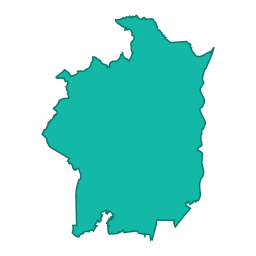 Tlalpujahua, Michoacán, Mexico
{"feature_id": "50627088B72545798273155", "entity_name": "Tlalpujahua", "entity_type": "district", "adm_level": 2, "iso_a3": "MEX", "parent_name": "Mexico", "parent_adm1": "Michoacán", "projection": "natural_earth1", "projection_center": [-100.216, 19.784], "detail": "fine", "context": "isolated", "style": "filled", "palette": "teal", "viewbox_px": 256, "rotation_deg": 0, "n_neighbors": 0, "source": "geoboundaries", "source_scale": "gbopen_adm2", "svg_char_len": 5739}
<svg xmlns="http://www.w3.org/2000/svg" viewBox="0 0 256 256"><path d="M213.8,47.9L213.2,48.0L211.8,50.9L211.4,51.1L211.8,53.0L210.9,53.0L210.0,51.7L206.7,53.3L203.2,55.5L199.9,56.6L197.4,56.5L195.7,55.7L192.3,51.1L191.5,49.7L191.4,48.0L191.6,47.6L190.3,47.0L190.3,45.6L190.0,45.2L190.7,44.7L189.6,43.6L188.1,43.3L186.7,41.5L170.7,42.6L165.2,38.5L164.9,37.7L165.1,37.6L164.6,37.5L164.7,36.2L163.5,35.3L163.0,35.7L162.9,34.9L162.0,34.4L161.8,34.1L162.0,33.1L161.7,32.5L160.0,31.7L160.1,30.7L159.8,30.3L158.3,30.0L157.9,29.6L157.3,28.4L157.3,26.8L156.4,25.7L156.3,24.3L155.6,22.6L154.0,21.2L153.1,19.5L151.9,18.6L150.5,19.0L147.1,19.1L145.7,19.7L145.1,18.0L144.3,17.5L143.0,17.9L141.8,19.5L141.3,19.6L140.6,19.1L139.2,18.9L138.5,17.7L137.5,17.3L136.9,15.6L136.7,15.4L136.1,15.5L135.3,16.8L134.2,16.5L132.1,16.5L131.8,17.7L131.1,17.5L130.4,16.8L129.5,16.2L129.1,16.9L128.5,17.0L127.2,17.1L126.4,16.9L125.9,17.6L124.1,18.4L123.3,17.8L122.8,17.8L121.9,18.8L119.0,19.6L116.4,20.0L115.7,19.7L116.1,21.5L116.5,22.1L118.7,24.0L119.7,24.4L121.2,25.5L121.5,26.1L122.1,26.2L123.1,26.9L123.6,26.9L124.6,27.7L126.6,27.4L125.5,29.1L125.0,29.3L124.8,29.8L125.0,30.1L125.8,29.6L127.6,29.8L128.9,29.2L130.2,29.5L130.5,30.1L131.2,30.7L131.7,32.0L132.1,32.5L132.2,33.2L131.8,34.5L132.4,35.5L133.3,35.7L134.0,36.6L134.1,39.3L132.7,40.7L132.3,41.5L131.4,42.1L131.0,43.1L131.0,45.2L131.3,46.7L131.6,47.1L131.2,47.8L131.5,50.6L132.1,51.9L133.0,52.4L132.5,53.2L131.0,57.4L129.2,60.1L129.1,60.8L127.4,59.7L126.7,58.7L125.3,58.5L124.5,57.9L122.5,54.1L122.7,51.9L121.7,54.5L120.7,54.7L120.7,55.3L119.7,58.4L118.0,59.8L117.5,61.1L116.4,60.9L115.4,61.3L114.9,61.2L113.8,61.4L113.0,61.2L111.6,61.8L110.3,62.8L109.9,63.6L109.4,65.3L109.9,66.9L109.5,67.0L108.8,66.6L107.4,67.2L107.0,66.9L107.3,66.0L107.0,65.5L105.6,64.6L103.2,64.1L101.6,62.8L101.3,62.8L101.2,62.1L100.4,60.8L98.1,59.3L96.3,58.7L96.3,57.8L95.0,57.2L92.8,56.9L92.6,60.8L91.3,62.9L90.4,65.8L89.2,67.9L85.7,69.6L84.0,71.2L83.0,71.6L81.0,70.9L77.7,71.2L77.5,71.5L78.1,71.9L78.2,72.3L77.5,73.6L74.9,75.1L71.2,76.0L70.4,75.6L68.9,73.1L67.7,72.0L64.6,69.8L64.0,70.6L63.2,70.9L63.0,71.7L56.3,76.9L56.1,77.4L56.8,78.1L61.4,78.1L63.2,78.5L64.1,78.0L64.7,80.1L65.5,81.4L66.0,81.5L67.2,81.2L67.6,81.2L67.8,81.5L67.9,83.5L67.2,85.4L66.5,85.9L66.1,86.8L66.2,87.8L66.6,89.5L67.9,91.9L67.5,93.1L67.6,93.8L68.8,96.4L68.7,98.4L67.5,98.2L64.7,98.5L62.8,98.9L60.3,99.9L59.1,101.0L58.5,103.1L55.8,106.5L53.4,108.3L54.8,109.9L56.8,111.2L57.2,111.8L57.4,112.4L57.0,113.2L55.1,114.9L54.5,115.1L54.7,115.4L55.6,115.3L55.6,115.5L53.9,116.0L54.0,117.2L53.6,117.0L53.3,117.2L52.3,119.4L50.6,120.3L49.9,121.0L49.7,122.3L49.3,121.7L48.4,122.3L47.6,126.1L47.3,126.6L46.8,127.0L46.0,129.4L44.3,129.9L43.8,130.5L44.2,131.0L42.9,132.6L42.2,134.4L46.6,138.4L47.2,142.3L49.3,146.1L49.9,146.9L69.5,158.6L68.4,160.0L67.7,161.4L68.6,161.7L69.1,162.3L68.9,163.6L69.4,163.8L70.7,163.4L72.0,164.4L72.1,165.4L73.4,169.1L74.3,169.4L74.5,170.0L75.4,169.9L76.0,169.4L76.1,169.8L78.1,168.2L79.0,169.2L79.9,172.4L80.6,173.6L81.0,176.2L80.2,179.3L79.7,179.7L78.9,179.7L77.1,186.0L77.0,187.4L76.3,189.1L75.9,196.5L76.7,225.3L72.8,225.4L72.9,226.4L73.3,227.7L72.9,230.5L72.3,232.5L73.5,234.1L76.0,236.2L77.5,236.7L78.6,236.4L78.9,236.8L79.3,236.4L79.1,236.1L79.5,235.5L80.7,234.2L81.2,234.2L81.4,233.7L83.3,233.5L84.0,231.8L87.0,231.4L89.2,231.7L89.3,230.6L92.1,230.0L93.4,231.0L95.4,227.6L97.0,225.7L94.5,225.8L95.6,223.5L96.8,222.0L97.5,220.2L98.1,221.3L99.2,222.1L99.6,222.1L99.9,221.2L101.0,220.7L101.0,219.8L100.4,219.8L101.1,219.5L100.7,217.9L101.6,217.2L102.0,216.7L102.1,215.9L101.9,216.1L102.0,215.1L101.2,214.8L101.0,212.7L104.2,210.9L106.3,210.3L105.8,212.8L107.0,213.9L107.2,214.1L108.2,211.7L108.7,212.1L109.0,211.5L108.9,211.0L109.1,210.9L111.0,212.0L112.2,213.2L112.2,213.9L113.4,214.6L113.1,214.7L113.1,215.6L112.2,216.5L112.6,216.7L110.1,217.3L113.0,217.6L111.7,219.6L111.4,218.8L111.0,218.6L110.8,219.1L110.2,218.6L109.7,219.3L109.5,218.6L109.3,218.6L109.0,218.9L109.3,219.9L108.2,220.5L107.7,221.6L108.2,221.9L107.7,222.5L107.1,222.4L106.8,223.2L107.9,223.2L107.5,225.7L109.2,225.8L107.9,227.5L108.3,232.3L109.3,234.1L112.0,233.6L112.8,234.0L118.6,233.3L118.3,233.3L118.3,232.9L118.9,232.3L118.6,232.0L118.7,231.9L119.4,232.4L119.9,232.3L119.9,231.9L121.3,231.7L122.2,231.1L121.9,230.6L122.4,230.2L122.9,230.4L122.8,230.8L123.4,230.8L124.3,231.7L124.0,232.5L124.3,232.5L137.1,230.9L139.2,233.4L142.2,233.6L142.6,234.1L142.9,233.9L144.2,234.2L144.6,234.7L144.9,236.0L145.1,235.5L145.2,234.0L145.4,234.3L149.3,234.4L150.2,234.8L150.3,238.0L150.8,239.6L150.3,240.6L150.9,240.1L151.6,238.7L151.7,239.1L152.1,238.9L152.4,239.3L152.7,237.3L156.2,224.8L156.5,224.6L156.2,223.0L157.0,220.1L174.1,220.3L174.5,220.1L174.8,220.9L173.7,222.0L173.7,222.4L175.3,226.9L181.1,219.4L190.4,208.4L186.9,205.9L186.2,205.7L185.6,203.5L185.8,203.1L187.3,202.8L187.6,201.7L188.3,201.5L189.7,203.8L190.1,203.7L190.2,204.2L190.7,203.8L191.3,203.8L192.4,203.0L192.6,202.4L193.2,202.0L193.1,201.5L194.5,201.3L195.2,200.6L195.7,200.8L195.8,201.7L196.7,200.8L198.5,200.3L199.7,197.7L200.4,194.9L199.6,187.0L199.7,182.6L201.0,178.7L202.9,175.9L203.3,173.1L203.8,172.6L203.7,171.4L201.7,162.6L202.2,158.4L202.1,153.4L202.3,153.4L200.5,151.4L199.1,150.8L197.5,150.6L197.3,150.2L198.6,146.9L199.3,147.0L201.0,146.3L201.9,144.5L201.4,141.7L200.8,139.4L200.7,138.6L201.2,137.8L200.8,137.0L200.9,134.8L201.7,134.3L201.8,130.3L202.2,129.1L203.2,129.1L205.4,123.4L205.3,122.2L204.0,119.2L200.4,111.9L199.9,109.7L200.4,108.1L201.5,106.8L202.2,107.0L204.3,102.4L204.3,100.0L203.9,98.5L203.3,97.1L201.0,93.1L200.1,90.3L200.6,87.9L203.4,83.6L203.9,82.4L202.5,80.1L202.7,76.1L204.6,69.6L205.9,68.4L211.8,54.8L213.8,47.9Z" fill="#14b8a6" stroke="#0f766e" stroke-width="1.5"/></svg>